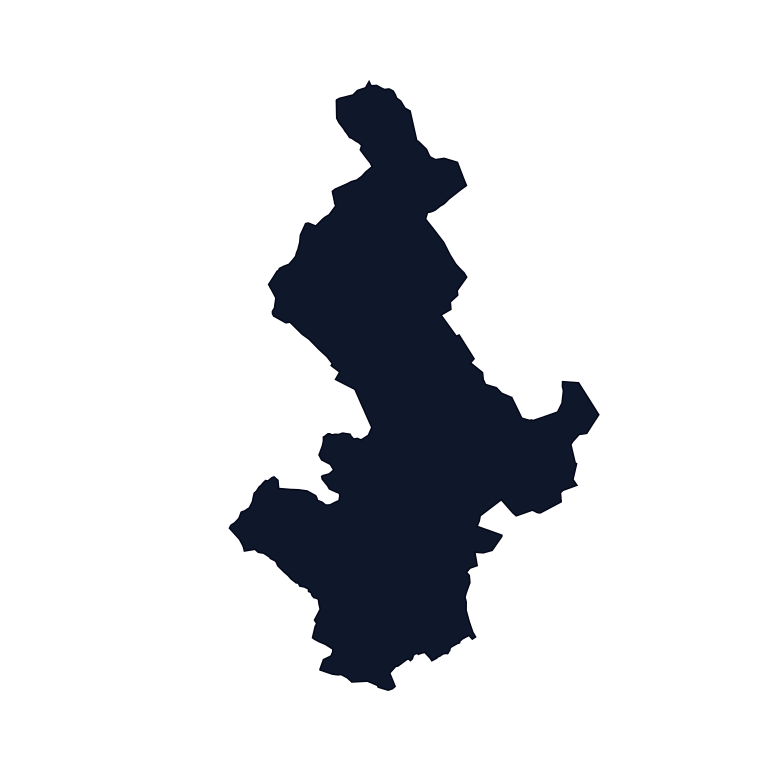 Katagum, Bauchi, Nigeria (orthographic projection), rotated 71°
{"feature_id": "59680162B44758551949173", "entity_name": "Katagum", "entity_type": "district", "adm_level": 2, "iso_a3": "NGA", "parent_name": "Nigeria", "parent_adm1": "Bauchi", "projection": "orthographic", "projection_center": [10.335, 11.656], "detail": "fine", "context": "isolated", "style": "filled", "palette": "ink", "viewbox_px": 768, "rotation_deg": 71, "n_neighbors": 0, "source": "geoboundaries", "source_scale": "gbopen_adm2", "svg_char_len": 4901}
<svg xmlns="http://www.w3.org/2000/svg" viewBox="0 0 768 768"><g transform="rotate(71 384 384)"><path d="M616.8,377.2L612.0,376.8L608.0,374.1L599.7,367.4L592.8,365.7L588.9,367.3L586.1,362.6L586.1,355.0L573.0,352.9L572.8,352.5L576.0,345.0L576.5,336.3L576.6,336.0L566.6,322.3L565.4,321.7L548.9,342.3L544.4,338.4L540.0,336.0L531.6,310.8L547.9,304.1L551.7,301.9L551.7,298.4L551.6,284.7L555.6,280.8L556.8,278.2L553.1,254.8L544.2,252.5L542.8,249.3L542.6,234.5L535.8,236.4L522.1,227.8L520.9,228.9L502.0,227.0L501.8,226.6L499.9,224.3L495.2,215.8L495.7,213.8L496.7,208.4L490.5,200.6L483.0,190.9L446.2,199.6L439.9,214.4L444.3,216.1L448.8,216.6L460.0,221.9L467.0,229.0L467.1,238.2L467.1,254.7L466.0,256.4L465.6,258.5L461.2,264.8L438.2,267.6L438.2,267.8L431.0,275.8L427.9,277.2L424.0,279.0L421.8,282.2L417.4,288.2L413.7,288.4L413.1,288.9L405.3,287.1L392.2,295.3L390.2,291.8L389.5,290.6L362.1,297.0L362.2,298.4L362.3,300.1L361.6,300.3L337.4,307.6L335.4,297.3L335.2,296.4L332.4,295.7L328.1,294.6L327.4,293.1L324.1,285.4L319.4,284.3L309.9,271.0L304.8,272.1L302.1,273.5L298.7,275.1L294.0,277.1L288.7,278.3L283.5,279.5L269.0,281.5L268.4,281.8L253.2,286.9L241.6,291.0L236.0,287.0L236.5,284.2L236.5,281.3L236.1,278.6L235.1,275.8L234.1,273.1L233.4,269.3L232.1,266.1L230.3,262.7L225.3,248.4L223.2,241.4L222.7,241.4L216.2,241.8L198.3,242.4L190.3,253.5L190.2,253.7L188.6,262.3L184.5,266.2L183.7,266.5L182.3,266.8L175.9,267.4L165.6,272.6L164.8,273.8L134.4,270.4L129.9,274.4L122.0,276.0L117.7,279.0L114.1,279.1L110.0,279.9L106.6,283.2L105.7,287.6L103.7,289.8L99.3,293.7L97.8,299.1L93.1,299.6L96.0,302.9L97.9,304.9L97.8,313.5L100.6,319.2L100.5,320.5L99.5,331.7L99.4,332.7L99.9,336.3L100.3,336.7L117.3,342.2L122.1,341.5L129.4,339.1L132.5,338.4L133.8,337.9L136.0,337.2L139.7,336.3L141.2,334.4L141.4,334.3L146.0,330.9L147.0,329.7L151.1,327.4L154.9,330.2L160.9,328.3L164.8,327.0L170.8,324.9L174.7,324.6L175.2,325.1L175.2,326.0L177.6,332.3L180.4,337.4L182.3,343.4L182.0,348.9L182.7,353.7L183.1,358.0L183.8,366.8L185.0,370.1L187.2,370.5L190.4,370.8L193.4,371.2L194.7,371.4L197.2,371.8L199.8,371.6L206.1,380.7L207.0,385.1L207.8,387.6L211.0,394.2L212.4,397.1L207.1,403.2L206.8,405.9L216.0,414.6L222.5,417.5L228.5,421.4L231.5,424.0L234.5,426.0L236.7,429.4L239.9,434.9L240.0,440.0L240.7,445.3L242.2,446.6L242.6,448.5L246.7,453.5L252.3,460.7L256.3,460.1L256.8,459.9L267.4,458.2L276.0,462.6L276.6,462.9L277.4,464.0L279.1,465.9L280.7,466.4L280.8,466.5L283.7,466.3L294.2,456.9L294.9,452.8L310.3,445.2L317.2,440.3L330.1,434.2L339.9,428.9L347.8,426.3L349.4,428.0L358.3,422.0L363.9,428.4L379.5,413.3L387.5,412.6L393.9,412.1L399.6,411.6L401.0,411.4L402.7,411.3L404.3,411.2L406.5,411.0L421.1,409.7L427.4,415.5L429.3,423.4L429.1,424.2L426.7,427.0L426.2,430.4L425.9,430.7L422.2,432.2L420.4,432.4L417.1,438.8L416.9,439.2L417.0,443.2L415.6,446.6L415.3,449.1L414.7,450.4L413.4,451.4L412.8,453.3L414.2,457.2L414.4,458.6L417.8,459.7L419.5,460.6L422.4,462.4L423.8,463.5L426.8,466.0L428.1,467.0L429.9,468.6L432.2,468.2L435.4,467.7L441.7,461.7L442.4,461.0L448.8,459.6L449.3,460.6L450.8,464.3L451.1,465.5L450.7,471.7L451.0,472.8L451.2,473.1L453.8,473.4L462.1,470.4L465.3,469.9L467.7,467.5L470.7,464.2L472.8,461.8L474.7,462.1L475.2,462.1L480.0,464.8L479.6,466.2L480.7,474.6L479.4,478.7L475.8,480.8L472.3,484.8L469.4,484.6L467.3,485.0L460.1,491.5L456.1,499.4L453.4,506.4L448.5,517.6L440.5,515.6L439.0,516.5L436.0,518.2L436.1,520.6L437.9,525.2L436.7,527.4L438.5,531.3L439.2,531.9L440.7,535.6L443.7,539.4L445.0,542.3L448.6,544.5L452.4,546.7L457.2,551.6L458.8,558.0L458.5,558.8L458.7,560.8L463.1,564.3L464.1,565.5L466.6,570.3L467.7,574.7L467.8,574.9L470.0,577.1L483.8,571.2L489.5,570.3L492.0,570.0L496.5,570.4L498.3,559.8L502.2,557.7L504.8,552.9L510.9,548.2L511.9,548.3L515.8,544.5L516.7,544.0L521.4,543.6L529.6,539.5L533.9,537.0L535.6,536.3L538.1,535.3L543.5,531.8L544.4,529.8L545.7,529.7L547.7,529.4L550.0,525.4L551.5,523.9L553.2,522.2L555.6,522.9L557.3,520.9L560.4,520.9L563.2,519.9L564.5,517.7L566.3,516.2L570.9,517.1L576.2,517.7L584.6,526.6L587.9,525.8L588.5,525.4L590.6,527.9L600.6,534.2L602.5,533.0L606.5,529.3L611.1,524.2L618.0,518.7L620.4,519.6L623.9,522.6L624.9,531.0L633.0,537.5L633.6,537.6L641.6,527.2L644.0,522.3L644.7,519.2L649.6,514.6L655.0,511.5L655.3,511.5L659.6,496.4L666.8,488.4L668.8,488.2L674.9,479.7L674.9,475.8L674.9,475.2L673.6,471.9L659.2,472.7L654.8,464.8L655.3,462.8L651.8,451.7L652.2,450.1L654.2,449.1L653.7,447.9L653.0,446.6L650.8,445.0L649.6,443.6L649.4,441.6L649.7,439.9L650.8,439.6L650.7,435.7L651.0,433.8L650.7,433.0L658.6,429.5L661.3,428.9L660.4,423.4L659.6,421.8L659.5,421.0L659.5,419.7L658.9,417.9L658.5,415.6L658.6,414.8L659.0,412.9L659.6,412.0L659.5,411.2L657.9,409.6L657.3,408.5L656.5,408.2L655.3,407.4L654.6,406.2L653.3,399.1L653.4,396.9L652.0,396.1L650.7,393.3L650.0,389.4L649.4,385.5L654.0,383.6L653.0,379.7L647.7,380.8L636.6,380.8L624.7,380.0L616.8,377.2Z" fill="#0f172a" stroke="#020617" stroke-width="1.5"/></g></svg>